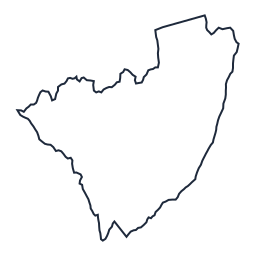 the district of Itapé, Bahia, Brazil
{"feature_id": "56859067B92693928020841", "entity_name": "Itapé", "entity_type": "district", "adm_level": 2, "iso_a3": "BRA", "parent_name": "Brazil", "parent_adm1": "Bahia", "projection": "equal_earth", "projection_center": [-39.512, -14.957], "detail": "fine", "context": "isolated", "style": "outline", "palette": "slate", "viewbox_px": 256, "rotation_deg": 0, "n_neighbors": 0, "source": "geoboundaries", "source_scale": "gbopen_adm2", "svg_char_len": 2694}
<svg xmlns="http://www.w3.org/2000/svg" viewBox="0 0 256 256"><path d="M155.3,30.1L155.7,33.3L156.2,37.1L157.3,40.3L157.9,45.0L158.4,48.9L157.9,53.2L158.2,57.6L158.9,62.7L157.9,67.4L155.3,67.4L153.0,69.0L150.7,69.4L148.3,70.3L146.5,74.5L143.8,77.1L143.1,79.8L141.7,82.5L138.7,83.0L136.0,83.5L134.9,80.2L135.6,76.7L132.6,74.8L130.4,72.3L127.7,70.0L124.6,69.3L123.2,72.0L120.4,73.8L120.2,78.0L119.6,81.7L116.8,82.3L114.9,84.7L111.8,87.2L109.1,87.0L106.4,88.0L103.6,89.5L101.3,92.4L98.8,91.4L96.2,92.4L93.9,90.6L93.2,85.0L93.8,81.1L90.5,80.5L86.8,80.2L83.7,77.5L81.6,78.1L79.6,81.4L76.9,79.4L76.4,76.7L74.6,78.3L72.6,78.8L70.1,77.9L67.9,78.4L66.6,81.0L64.5,83.6L61.4,84.4L58.0,87.0L58.0,90.6L56.3,93.6L55.1,99.1L52.1,100.4L50.8,96.2L48.4,91.7L45.6,91.5L42.6,90.5L40.4,92.2L39.1,94.9L37.9,97.8L37.1,100.6L36.1,102.9L33.8,104.5L30.8,104.5L28.7,106.7L26.4,108.4L23.8,111.8L21.1,110.4L17.4,110.2L20.3,115.0L22.9,116.6L25.0,117.6L27.9,118.8L29.7,120.8L31.1,123.3L33.5,126.5L35.3,129.5L37.1,132.2L38.4,135.8L39.3,139.3L42.2,141.7L44.9,143.8L47.5,144.5L50.6,144.8L53.3,147.1L55.9,151.0L58.6,150.3L61.3,151.3L63.5,153.9L65.6,156.8L67.8,158.5L70.7,157.8L72.4,160.4L72.1,163.8L72.8,168.1L74.1,172.7L76.4,172.5L78.4,173.4L80.6,174.4L81.9,177.0L80.0,180.5L79.6,183.6L82.1,184.8L82.8,189.0L85.0,192.9L86.8,196.3L88.4,199.2L89.5,202.8L90.4,205.4L90.7,208.5L92.3,211.1L93.7,214.0L95.3,215.6L97.8,214.8L98.0,217.5L98.4,220.2L99.0,223.1L99.2,226.9L99.5,230.4L100.3,233.1L100.7,236.2L101.0,239.2L102.8,240.6L105.4,238.9L107.0,236.0L108.2,233.1L109.3,229.6L111.9,226.7L112.8,223.5L114.4,221.5L126.5,236.8L128.5,234.2L130.7,231.6L133.6,230.3L135.9,230.0L138.1,227.9L140.9,227.4L143.7,225.0L146.4,222.3L147.3,219.4L148.6,217.4L151.0,218.2L152.6,216.3L154.5,215.3L155.6,212.0L158.0,209.8L160.1,207.5L161.5,204.8L162.9,202.6L165.6,201.6L168.6,199.9L172.3,199.6L175.7,199.6L177.7,197.2L179.1,193.8L181.4,191.2L183.9,189.2L185.7,187.4L187.8,186.1L189.7,184.4L191.8,182.3L193.6,180.7L195.3,179.2L195.7,176.5L197.0,172.5L198.8,168.1L200.9,164.8L202.3,160.8L203.5,158.4L204.8,155.9L205.9,153.7L207.2,151.4L208.6,148.7L210.8,145.0L212.9,142.5L213.5,139.5L214.6,135.8L215.5,132.8L216.2,129.8L216.4,126.8L217.2,124.0L218.0,120.4L219.3,116.6L221.3,112.4L223.2,108.3L223.4,103.6L225.3,98.4L225.8,94.6L225.8,90.7L226.0,87.5L225.9,84.1L227.0,80.3L228.8,77.0L230.3,73.8L232.4,71.7L233.0,68.0L233.0,63.5L233.4,59.6L233.9,55.6L236.7,52.1L237.6,48.5L238.6,43.7L236.5,42.2L234.7,38.8L233.9,35.2L233.2,30.9L230.2,27.7L227.0,28.2L222.5,29.2L218.7,27.7L216.2,30.1L213.7,33.0L211.3,34.4L209.3,32.1L207.2,30.1L206.2,27.7L206.3,25.0L206.6,22.3L205.8,18.5L204.7,15.4L162.7,27.2L155.3,30.1Z" fill="none" stroke="#1e293b" stroke-width="2"/></svg>